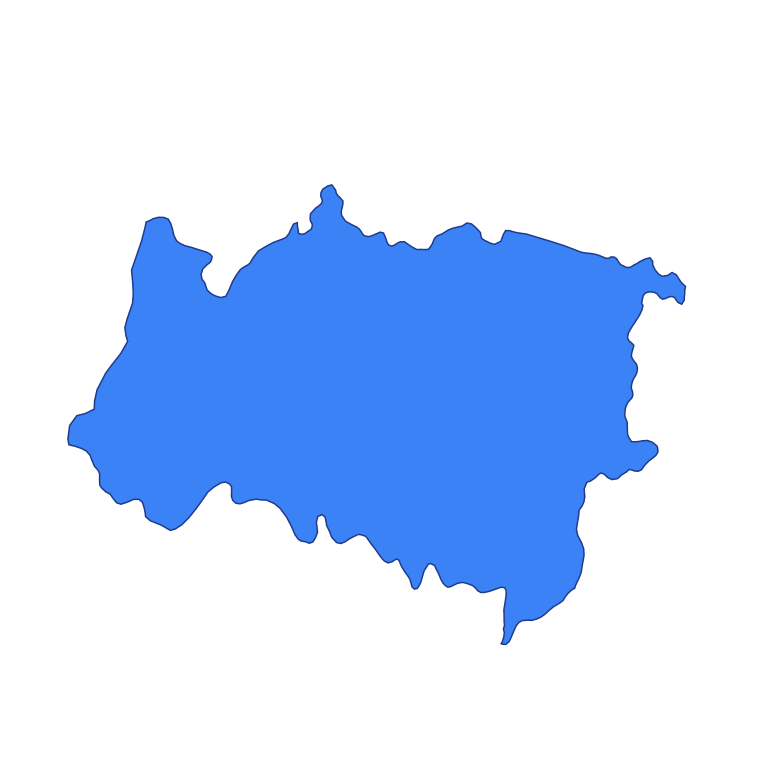 the district of Kobryn, Brest, Belarus, rotated 111°
{"feature_id": "67162791B1192676397695", "entity_name": "Kobryn", "entity_type": "district", "adm_level": 2, "iso_a3": "BLR", "parent_name": "Belarus", "parent_adm1": "Brest", "projection": "mercator", "projection_center": [24.483, 52.154], "detail": "fine", "context": "isolated", "style": "filled", "palette": "blue", "viewbox_px": 768, "rotation_deg": 111, "n_neighbors": 0, "source": "geoboundaries", "source_scale": "gbopen_adm2", "svg_char_len": 5871}
<svg xmlns="http://www.w3.org/2000/svg" viewBox="0 0 768 768"><g transform="rotate(111 384 384)"><path d="M506.4,132.8L503.3,133.0L495.8,132.4L489.3,132.4L483.6,133.7L477.5,134.8L472.1,135.9L466.3,138.5L461.5,142.6L458.0,146.5L456.0,148.9L450.6,152.3L443.4,153.9L438.9,154.7L431.7,156.6L427.2,155.4L422.5,155.1L417.1,156.2L412.3,158.6L410.2,159.5L403.2,159.5L400.4,156.3L396.2,153.4L391.2,151.0L389.5,149.8L389.2,146.8L389.8,144.6L390.7,142.9L391.3,141.0L391.5,136.8L388.6,132.0L383.9,129.7L379.0,126.0L376.0,124.7L375.5,122.2L375.4,118.6L374.2,115.2L371.7,112.9L369.2,112.2L365.8,111.3L361.2,109.3L358.3,107.5L355.0,105.5L352.5,104.4L349.2,103.9L345.4,105.8L343.9,107.3L342.2,112.6L342.3,117.7L344.3,122.2L346.1,125.1L348.0,128.8L349.2,132.2L345.8,136.7L343.4,138.7L338.9,140.7L336.3,141.7L332.6,143.2L329.7,145.9L328.0,147.4L325.6,148.5L319.9,150.0L318.2,150.0L314.0,149.8L312.0,149.1L308.3,147.6L306.0,147.6L303.7,148.3L301.7,149.6L299.8,151.3L297.7,152.2L294.6,152.8L292.4,153.0L289.9,152.9L286.1,152.2L283.2,152.0L280.7,152.4L278.2,153.2L276.5,154.3L275.0,155.4L273.1,158.7L271.7,160.7L269.6,163.0L266.0,163.9L259.6,164.4L258.3,164.7L257.3,166.9L255.8,170.8L253.5,173.3L248.6,174.1L242.1,173.1L234.4,171.4L228.0,170.1L222.8,169.7L218.0,170.3L216.3,172.4L212.8,173.1L208.6,173.6L205.4,172.6L203.2,170.0L202.3,167.6L201.6,164.5L201.8,161.8L203.1,159.4L204.4,157.2L205.0,154.4L203.8,152.4L200.7,149.3L199.1,146.7L199.1,143.6L201.1,141.1L202.6,138.5L202.8,134.6L199.5,134.0L198.1,133.8L194.6,135.0L191.6,135.7L189.3,136.7L186.7,137.1L184.9,137.4L183.0,142.2L181.6,144.4L178.9,148.1L177.3,150.3L176.7,155.0L181.0,158.1L183.8,163.1L183.0,167.0L180.4,171.7L176.5,175.8L173.2,177.2L170.9,180.7L170.8,180.9L174.0,185.3L178.3,189.2L180.6,190.8L183.6,193.5L186.7,195.7L188.3,199.2L187.7,205.9L185.9,209.0L183.8,211.4L183.0,214.5L184.0,217.7L186.1,219.1L187.1,222.0L186.9,228.1L187.1,232.8L188.1,237.9L189.7,243.8L190.3,247.4L190.3,252.9L190.3,265.4L191.2,280.8L193.0,304.9L195.0,313.6L195.6,317.9L195.8,321.6L197.1,325.4L201.1,326.1L204.8,326.1L208.9,326.1L211.7,328.7L214.0,330.9L214.4,334.4L214.2,337.5L213.8,341.9L213.1,344.8L211.1,346.6L208.1,348.2L205.2,354.0L203.2,359.7L204.0,364.3L208.5,367.6L211.9,372.7L214.0,375.7L217.0,379.0L222.9,383.5L226.6,387.4L229.8,389.0L236.2,389.2L240.0,390.0L242.5,391.0L243.9,394.1L245.3,398.3L246.7,401.4L246.0,407.1L245.2,410.6L243.8,415.9L245.6,420.0L248.2,422.4L250.5,423.9L252.6,426.4L252.5,429.3L250.9,431.8L248.1,433.9L245.7,436.1L243.2,438.6L243.6,442.0L246.9,445.3L250.2,448.7L252.1,451.6L252.6,455.5L251.8,457.6L249.6,460.3L248.1,462.8L247.2,465.9L247.0,469.2L246.5,473.7L245.7,478.5L241.6,484.2L237.7,485.9L233.3,486.4L230.3,487.0L227.9,487.9L225.8,491.8L224.8,494.3L222.8,497.1L220.2,498.7L218.8,501.0L216.8,504.0L219.3,507.5L224.1,511.0L227.8,511.4L230.3,510.8L231.9,509.9L234.5,507.5L235.5,507.1L237.8,507.1L240.8,508.5L244.5,511.0L251.4,513.6L255.1,512.6L258.1,511.2L260.4,508.3L262.8,507.5L265.7,507.5L269.1,509.9L272.0,511.8L273.8,514.6L274.0,517.9L271.2,519.1L267.9,521.3L264.5,522.8L267.1,525.8L273.8,526.4L277.7,526.6L282.4,528.1L285.2,530.9L291.7,538.2L298.3,543.9L304.6,548.8L312.5,551.3L316.8,552.1L319.4,552.5L321.7,553.9L325.1,556.8L328.8,559.2L335.3,560.9L342.7,562.1L351.0,562.3L355.1,562.7L358.8,563.1L361.8,567.4L362.2,572.7L361.8,577.1L359.8,582.6L356.9,585.1L353.9,587.5L351.2,591.6L347.3,594.0L341.6,594.4L337.0,592.4L332.5,589.8L329.6,589.6L326.6,590.2L325.1,592.8L324.5,596.5L325.4,611.6L326.2,619.5L325.8,625.2L324.9,628.3L323.7,630.1L320.3,633.6L315.2,637.0L310.7,640.5L307.4,644.5L307.4,649.2L309.1,654.1L312.1,658.4L316.0,661.9L317.9,664.1L323.3,663.2L337.2,661.6L352.7,661.0L368.2,660.5L380.0,654.6L389.6,650.4L398.6,647.7L415.7,647.1L424.3,646.1L431.2,642.3L436.0,638.6L449.9,640.7L463.8,645.0L473.4,647.7L492.1,649.8L503.3,648.2L511.3,645.5L518.8,652.5L523.6,659.4L535.4,662.6L548.7,659.4L553.7,656.3L552.8,650.2L552.6,643.7L553.2,638.0L556.1,632.5L559.1,630.1L564.4,625.0L567.1,619.9L569.7,617.3L575.0,615.4L580.1,613.2L582.3,610.3L584.4,605.0L585.0,600.2L588.3,595.3L590.7,591.0L590.5,586.5L586.2,581.2L581.5,576.5L579.5,571.4L580.9,567.2L585.6,563.5L588.3,561.7L593.3,559.0L595.4,553.3L595.6,541.1L596.8,533.8L597.2,530.9L594.0,526.8L588.0,522.4L578.9,518.3L567.3,514.6L557.5,512.0L547.9,509.7L541.2,505.9L534.7,500.8L532.2,496.7L532.9,491.8L534.5,489.6L538.0,488.1L543.7,486.1L546.8,483.5L548.4,479.5L547.5,475.5L544.6,471.8L541.5,468.8L539.7,466.0L537.3,462.1L536.1,456.7L534.5,452.2L534.9,443.6L537.3,436.5L543.1,427.3L549.9,419.6L556.7,412.9L559.7,408.3L560.3,405.2L559.4,400.6L559.4,396.6L557.0,393.8L552.4,392.9L546.2,392.9L541.3,395.4L537.6,397.5L531.5,398.4L528.1,395.0L529.3,391.4L533.0,388.9L536.7,386.8L541.0,382.2L545.8,377.9L549.0,371.5L548.4,367.1L545.3,363.8L541.2,361.0L537.6,357.9L533.7,354.2L532.8,350.7L532.8,346.3L535.2,342.6L538.4,337.9L541.0,333.4L545.3,327.1L547.7,323.2L549.1,320.4L549.6,316.1L546.9,312.6L544.5,311.0L543.0,309.6L543.0,307.1L545.5,304.7L547.9,302.4L552.0,297.1L554.4,293.3L556.9,290.0L560.4,287.2L563.4,285.1L564.6,282.1L562.8,279.6L558.7,278.8L555.7,278.6L549.1,279.2L543.9,279.6L536.1,278.0L534.9,275.8L535.3,271.7L538.0,269.0L541.2,265.4L546.5,260.3L548.8,257.4L550.3,254.3L550.8,251.8L549.7,249.6L546.3,246.4L543.8,244.0L541.2,239.9L540.5,235.8L540.4,229.1L541.7,225.4L543.5,222.2L543.9,218.8L542.5,215.4L540.1,211.8L537.8,208.9L534.6,205.2L532.1,202.3L531.4,200.7L530.9,198.4L533.3,195.8L537.8,194.2L544.4,192.7L552.1,191.1L556.1,189.3L563.0,186.6L565.8,185.1L569.9,184.7L572.9,182.6L577.2,181.5L582.0,181.2L584.3,181.6L584.5,180.1L583.4,176.9L579.7,174.9L575.8,174.5L568.1,174.3L562.7,174.0L558.6,172.8L555.4,170.3L552.9,164.9L551.8,161.5L548.7,157.2L545.4,154.0L541.3,151.3L536.5,148.9L531.6,146.2L525.3,141.3L521.8,139.2L518.2,138.6L513.2,137.1L509.6,135.3L507.0,133.5L506.4,132.8Z" fill="#3b82f6" stroke="#1e3a8a" stroke-width="1.5"/></g></svg>